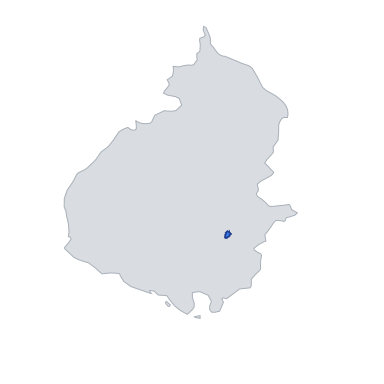 Dangkao, Phnom Penh, Cambodia shown in context, rotated 315°
{"feature_id": "14789045B25120607736063", "entity_name": "Dangkao", "entity_type": "district", "adm_level": 2, "iso_a3": "KHM", "parent_name": "Cambodia", "parent_adm1": "Phnom Penh", "projection": "albers", "projection_center": [104.846, 11.473], "detail": "fine", "context": "in_parent", "style": "filled", "palette": "blue", "viewbox_px": 384, "rotation_deg": 315, "n_neighbors": 0, "source": "geoboundaries", "source_scale": "gbopen_adm2", "svg_char_len": 3919}
<svg xmlns="http://www.w3.org/2000/svg" viewBox="0 0 384 384"><g transform="rotate(315 192 192)"><path d="M317.3,83.1L318.1,85.9L316.0,91.2L313.9,96.0L309.8,100.2L309.6,103.3L308.3,112.4L308.9,115.4L309.9,117.8L311.2,119.2L314.9,128.1L318.2,136.2L321.5,142.9L322.1,147.1L319.2,157.9L315.9,167.8L316.2,172.7L317.7,177.6L319.4,184.2L320.1,192.6L319.2,198.0L317.7,201.5L314.8,205.0L312.2,206.8L309.0,203.8L306.5,203.7L303.2,204.6L300.6,206.0L295.3,211.2L289.4,216.2L281.2,217.5L278.0,221.3L274.6,221.8L268.1,222.0L263.8,222.9L264.0,224.8L263.7,233.5L263.8,235.6L263.2,236.1L260.2,236.4L255.2,235.1L248.5,233.0L243.7,232.6L241.2,236.5L239.8,238.0L238.0,238.2L236.1,238.9L235.4,240.6L235.3,242.7L236.2,246.4L236.6,252.2L236.3,256.1L238.1,258.6L248.5,267.0L251.5,269.1L251.9,270.3L250.1,274.9L251.7,281.3L248.5,281.2L243.1,278.5L240.5,276.8L237.4,278.2L236.3,277.9L234.2,274.8L231.4,271.5L228.5,271.3L222.5,272.6L216.4,273.5L214.0,273.5L213.1,274.1L209.5,278.9L208.0,278.1L201.8,276.3L196.2,275.6L195.0,276.8L195.7,280.7L196.9,284.6L196.2,286.2L193.1,288.2L189.0,291.8L186.5,294.6L184.7,295.3L178.5,295.2L172.2,295.6L169.7,298.2L167.4,300.3L165.4,300.9L157.2,294.3L141.0,291.9L139.3,289.0L137.7,288.5L136.2,292.2L127.3,295.8L123.6,293.6L120.9,290.9L121.3,287.7L123.9,285.1L128.3,283.2L130.4,276.5L127.1,268.0L124.1,265.5L121.0,263.5L117.8,266.7L115.0,272.1L112.1,274.9L108.1,275.5L102.1,275.2L99.9,267.1L99.2,260.1L100.0,252.2L100.9,247.5L95.3,241.0L95.0,234.9L92.3,231.7L91.5,233.3L91.5,235.0L90.7,233.7L81.9,215.6L80.5,207.2L82.0,200.7L83.0,198.6L80.4,195.1L76.8,191.3L70.4,186.1L70.0,178.1L68.7,168.7L66.8,165.5L63.9,159.6L62.3,154.8L61.9,142.1L62.7,141.1L67.3,140.7L73.1,139.9L74.0,137.8L73.0,136.1L76.8,133.3L82.2,127.0L86.3,120.4L89.3,116.3L91.1,112.1L97.1,106.3L105.4,102.3L111.0,101.4L116.9,100.1L122.5,98.1L125.1,98.0L132.1,100.4L135.8,101.0L139.8,101.0L143.8,101.2L147.4,101.0L155.9,99.4L164.9,100.7L173.0,99.7L183.0,97.8L187.8,99.0L192.3,100.9L192.9,104.7L194.0,106.5L195.5,107.9L197.4,107.9L200.0,105.2L202.1,102.4L202.8,101.9L202.9,103.2L204.0,106.3L205.9,109.2L207.8,111.2L211.0,113.8L213.1,113.9L219.9,111.4L230.1,115.0L231.3,116.8L234.7,120.5L238.3,123.1L246.2,123.2L249.1,116.8L247.7,112.8L243.1,106.0L241.8,101.9L243.3,101.2L251.0,100.4L252.2,99.6L253.9,95.1L256.0,95.6L260.3,96.2L264.8,93.1L267.4,89.9L268.9,91.4L270.5,93.6L272.2,94.9L275.5,96.8L279.1,99.5L281.3,102.1L283.1,103.1L287.7,102.4L288.9,102.5L291.5,99.2L293.4,97.5L295.0,97.9L297.3,97.9L302.0,93.7L304.7,90.0L306.2,88.9L310.5,90.8L312.2,90.4L314.6,85.2L317.3,83.1ZM96.9,256.4L96.0,256.9L95.2,256.9L94.3,256.1L94.4,253.2L95.1,251.4L96.5,251.1L96.9,256.4ZM110.3,285.1L108.4,287.1L105.6,283.0L105.6,281.9L110.3,285.1Z" fill="#d9dde1" stroke="#a8b0b8" stroke-width="1"/><path d="M190.0,249.4L190.0,248.6L190.0,248.2L190.0,247.9L189.9,247.8L189.9,247.7L189.9,247.0L189.9,246.9L189.9,246.7L190.0,246.6L189.6,246.7L189.6,245.7L189.6,245.3L189.6,245.2L189.6,244.8L189.4,244.8L189.1,244.7L188.8,244.7L188.6,244.7L188.4,244.7L188.1,244.7L187.7,244.7L187.8,244.8L187.8,245.0L187.7,245.1L187.4,245.3L187.2,245.3L187.0,245.5L186.8,245.5L186.6,245.5L186.4,245.5L186.2,245.5L185.9,245.5L185.9,245.8L185.7,245.8L185.4,245.8L185.2,245.8L184.9,245.8L184.8,246.0L185.0,246.2L184.9,246.3L184.8,246.5L184.7,246.7L184.4,246.7L184.3,246.8L184.1,246.8L183.9,246.9L183.7,246.9L183.5,247.0L183.3,247.0L183.0,248.0L183.1,248.3L183.2,248.5L183.3,248.5L183.5,248.5L183.8,248.6L183.8,248.8L184.0,249.0L184.2,249.3L184.3,249.3L184.5,249.3L184.8,249.3L184.8,249.2L184.7,248.9L184.8,248.9L184.9,248.7L185.0,248.7L185.2,248.8L185.3,248.9L185.3,249.0L185.5,249.3L186.1,249.3L186.4,249.3L186.5,249.3L186.7,249.5L186.8,249.7L187.0,249.6L187.3,249.6L187.5,249.7L187.8,249.4L187.9,249.2L188.0,249.0L188.3,249.3L188.5,249.2L188.8,249.1L189.0,249.1L189.3,249.1L189.5,249.2L189.5,249.3L189.8,249.4L190.0,249.4L190.0,249.4Z" fill="#3b82f6" stroke="#1e3a8a" stroke-width="1.5"/></g></svg>